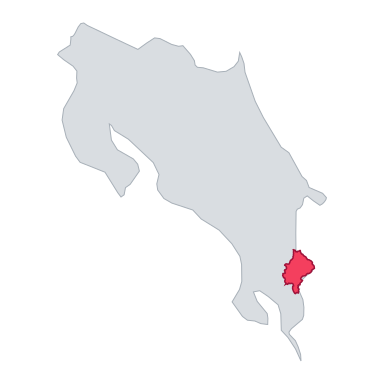 location of Coto Brus, Puntarenas, Costa Rica
{"feature_id": "36466004B67962139153797", "entity_name": "Coto Brus", "entity_type": "district", "adm_level": 2, "iso_a3": "CRI", "parent_name": "Costa Rica", "parent_adm1": "Puntarenas", "projection": "equal_earth", "projection_center": [-82.934, 8.894], "detail": "fine", "context": "in_parent", "style": "filled", "palette": "rose", "viewbox_px": 384, "rotation_deg": 0, "n_neighbors": 0, "source": "geoboundaries", "source_scale": "gbopen_adm2", "svg_char_len": 6599}
<svg xmlns="http://www.w3.org/2000/svg" viewBox="0 0 384 384"><path d="M326.4,197.6L325.9,199.6L324.5,201.7L322.5,203.8L319.9,205.3L313.5,200.9L307.2,195.9L303.8,198.2L302.5,204.6L300.2,207.9L297.3,209.2L296.1,211.4L295.8,233.1L296.0,253.6L300.8,254.0L308.7,261.2L312.1,265.3L313.2,269.2L312.2,271.1L306.4,275.6L300.7,281.2L297.9,288.3L302.9,299.7L303.9,307.4L303.7,315.5L302.4,319.4L291.4,328.7L289.0,332.0L289.3,334.3L295.4,340.7L298.2,347.0L300.6,354.5L301.0,361.0L295.5,348.9L287.9,337.4L281.3,330.3L280.8,313.8L278.1,304.8L268.2,296.5L259.7,290.7L253.4,291.9L257.2,301.4L267.2,313.6L267.9,318.3L267.7,324.5L260.8,323.6L254.8,321.0L247.4,320.2L242.5,316.5L232.1,301.9L239.5,289.5L241.8,281.4L241.6,264.5L239.9,256.3L231.9,243.8L219.1,230.1L201.2,219.0L192.8,210.0L171.9,203.1L163.9,198.5L157.7,190.0L156.8,183.9L159.0,174.5L153.3,162.6L128.4,139.2L114.4,130.6L111.5,125.5L109.3,123.9L111.4,140.1L117.4,149.8L133.3,158.9L137.7,164.2L139.4,171.1L130.2,184.3L125.5,187.6L124.1,194.8L121.0,197.0L117.9,192.9L105.0,172.2L80.1,162.3L75.6,156.2L66.3,137.3L62.1,120.1L63.7,108.6L74.0,90.7L77.2,82.9L76.6,78.1L76.9,71.1L73.1,66.2L63.7,59.7L57.6,54.6L59.3,52.0L70.2,45.1L70.9,38.9L70.8,36.8L72.6,36.4L74.2,34.7L75.2,33.0L78.2,27.0L80.8,23.6L83.8,23.0L87.4,25.5L101.1,32.0L116.2,39.2L137.9,49.4L146.9,42.9L154.6,37.9L160.0,38.6L171.6,44.4L178.6,46.3L182.9,45.7L190.4,54.3L194.4,60.7L195.1,65.0L197.4,67.3L203.2,67.8L217.4,72.1L226.1,71.3L234.0,66.7L238.3,61.2L239.7,52.5L241.7,56.8L244.0,63.5L245.0,72.2L255.2,101.3L263.4,117.6L281.2,147.2L288.9,152.7L302.0,176.5L306.5,180.5L309.1,187.5L322.6,193.3L326.4,197.6Z" fill="#d9dde1" stroke="#a8b0b8" stroke-width="1"/><path d="M285.6,284.2L285.9,284.0L286.2,284.1L286.4,284.0L286.6,284.0L287.0,284.0L287.4,284.3L287.6,284.3L287.8,284.3L287.9,284.1L288.0,283.7L288.9,283.1L289.0,283.1L289.3,283.4L289.6,283.5L289.9,283.7L290.0,283.7L290.3,283.5L290.6,283.5L290.7,283.4L290.9,283.4L291.1,283.3L291.3,283.4L291.6,283.4L291.8,283.4L292.1,283.4L292.2,283.6L292.3,283.6L292.7,283.7L293.2,284.3L293.3,284.6L293.4,285.0L293.6,285.5L293.6,285.8L293.2,285.8L292.9,286.1L292.7,286.4L292.7,286.5L292.7,286.9L292.7,287.1L292.6,287.3L292.7,287.8L292.7,288.0L292.6,288.3L292.6,288.7L292.8,289.2L292.8,289.3L293.0,290.0L293.2,290.5L293.3,290.8L293.4,291.1L293.5,291.2L293.6,291.4L293.7,291.5L293.9,292.0L294.2,292.5L294.4,292.8L294.6,293.1L294.8,293.3L295.0,293.5L295.3,293.6L295.6,293.6L295.8,293.4L296.0,293.2L296.1,292.9L296.5,292.6L296.8,292.5L297.4,292.5L297.6,292.5L297.7,292.8L297.8,292.9L298.0,292.9L298.2,293.0L298.3,292.7L298.4,292.4L298.5,292.1L298.6,291.9L298.7,291.7L298.5,291.2L298.5,290.8L298.5,290.5L298.5,290.3L298.6,289.9L298.8,289.6L298.9,289.2L299.0,289.1L298.6,288.9L298.4,288.7L298.1,288.0L297.9,287.8L297.8,287.6L297.8,287.4L298.2,287.0L298.4,286.9L298.4,286.5L298.1,286.2L298.0,285.6L298.3,285.3L298.4,285.1L298.5,284.9L299.8,284.9L300.0,284.8L300.1,284.4L299.9,284.0L299.8,283.9L299.8,283.7L300.2,283.3L300.2,283.1L300.3,282.9L300.5,282.7L300.9,282.3L301.2,282.2L301.4,282.0L301.8,281.6L302.0,281.3L302.3,280.7L302.2,280.7L302.2,280.4L302.1,280.2L301.7,280.0L301.6,279.9L301.4,279.8L301.2,279.7L300.9,279.4L300.8,279.1L300.7,278.8L300.7,278.6L300.8,278.3L301.1,277.9L301.2,277.7L301.4,277.6L301.5,277.2L301.8,277.1L302.1,276.7L302.3,276.3L302.5,276.2L303.0,276.0L303.7,276.0L303.9,275.9L304.3,275.8L305.1,275.7L305.4,275.6L305.5,275.5L305.7,275.4L305.8,275.3L306.3,274.7L306.5,274.2L306.9,273.9L307.1,273.9L307.3,273.7L307.5,273.5L307.9,273.5L308.0,273.5L308.3,273.5L308.6,273.5L309.0,273.5L309.4,273.3L309.5,273.2L309.9,272.9L310.1,272.8L310.5,272.7L310.7,272.4L310.9,272.1L311.1,272.0L311.2,271.8L311.4,271.5L311.6,271.3L311.6,271.2L311.5,270.9L311.5,270.5L311.5,270.4L312.0,269.9L312.3,269.8L312.6,269.5L312.8,269.3L313.0,269.2L313.3,269.1L313.6,268.8L313.8,268.7L314.1,268.6L314.3,268.5L314.4,268.4L314.4,268.0L314.3,267.9L314.2,266.6L314.1,266.2L313.9,265.8L313.8,265.5L313.3,265.2L312.9,264.6L312.8,264.4L312.6,264.3L312.4,264.3L312.3,264.0L312.1,263.7L312.2,263.4L312.3,263.2L312.4,262.7L312.4,262.4L312.3,262.2L312.2,262.1L312.0,261.9L311.8,261.7L311.7,261.6L311.3,261.1L311.1,260.9L310.8,260.8L310.5,260.7L310.3,260.6L310.2,260.5L310.0,260.3L309.5,260.1L309.2,259.9L308.9,259.7L308.5,259.7L307.4,259.6L307.1,259.2L307.1,258.9L307.0,258.6L306.8,258.4L306.7,258.3L306.3,258.0L306.3,257.8L306.2,257.5L306.0,257.1L305.8,256.9L305.6,256.8L305.1,256.5L304.9,256.4L304.7,256.4L304.3,256.2L304.2,255.9L303.9,255.8L303.7,255.7L303.3,255.4L303.2,255.2L303.0,254.5L302.8,254.4L302.4,254.1L302.1,254.1L301.7,254.1L301.5,253.9L301.4,253.7L301.2,253.6L301.1,253.4L301.0,253.1L301.0,252.9L300.6,252.2L300.4,251.8L300.4,251.6L300.4,251.4L300.4,251.0L300.3,250.7L300.2,250.5L299.9,250.5L299.7,250.6L299.4,250.9L299.2,251.0L298.5,251.2L298.0,251.2L298.0,251.3L297.8,251.4L297.3,251.9L297.2,251.9L296.7,251.7L296.3,251.6L296.2,251.8L295.9,251.8L295.6,251.4L295.3,250.4L295.1,250.3L295.0,250.2L294.9,250.2L294.7,250.3L294.4,250.2L293.8,249.8L293.7,249.7L293.3,249.9L293.4,250.0L293.5,250.1L293.6,250.3L293.7,250.5L293.7,251.1L293.4,251.9L293.4,252.1L293.6,253.0L293.6,253.3L293.4,254.3L293.4,254.5L293.5,254.8L293.5,255.3L293.3,255.9L293.3,256.1L293.2,256.3L293.0,256.5L293.1,257.5L293.1,257.8L292.9,258.1L292.8,258.3L292.7,258.4L292.4,258.6L292.2,259.1L291.8,259.6L291.5,259.8L291.2,260.1L290.8,260.1L290.7,260.2L290.4,260.7L290.1,261.3L289.9,262.2L289.7,262.5L289.7,262.8L289.6,263.0L289.2,263.7L289.1,263.9L289.0,264.0L288.5,264.1L288.4,264.1L288.1,264.1L287.7,264.1L287.3,264.0L286.7,263.9L286.3,263.9L286.0,263.9L285.5,264.2L285.2,264.4L285.0,264.7L284.7,265.0L284.7,265.3L284.9,265.4L285.2,265.6L285.7,265.9L285.9,266.2L286.2,266.4L286.3,266.6L286.3,266.9L286.3,267.2L286.4,267.4L286.4,267.6L286.5,267.7L286.6,267.9L286.6,268.1L286.4,268.7L286.2,268.9L286.0,269.2L285.7,269.6L285.4,269.8L285.1,269.8L284.8,269.8L284.5,270.5L284.5,270.8L284.6,271.0L284.9,271.2L285.0,271.3L285.0,271.5L285.0,272.7L285.2,272.8L285.3,272.9L285.3,273.0L285.1,273.2L284.4,273.1L284.2,273.2L284.1,273.4L284.0,273.5L283.9,273.6L283.7,273.6L283.3,273.7L283.0,273.6L282.9,273.8L283.1,274.0L282.9,274.6L282.9,275.0L282.7,275.3L282.7,275.6L282.8,275.7L282.9,275.9L283.2,276.6L283.4,276.8L283.4,277.2L283.5,277.4L283.8,277.5L284.0,277.9L284.1,278.0L284.4,277.9L284.6,277.9L284.8,278.0L284.9,278.3L284.9,278.5L285.2,279.3L285.3,279.5L285.2,279.8L285.1,280.0L285.0,280.4L284.8,280.7L284.8,281.0L284.9,281.9L285.1,282.2L285.3,282.5L285.5,282.6L285.8,282.8L285.9,283.2L285.9,283.3L286.0,283.6L285.9,283.8L285.7,284.0L285.6,284.2Z" fill="#f43f5e" stroke="#9f1239" stroke-width="1.5"/></svg>